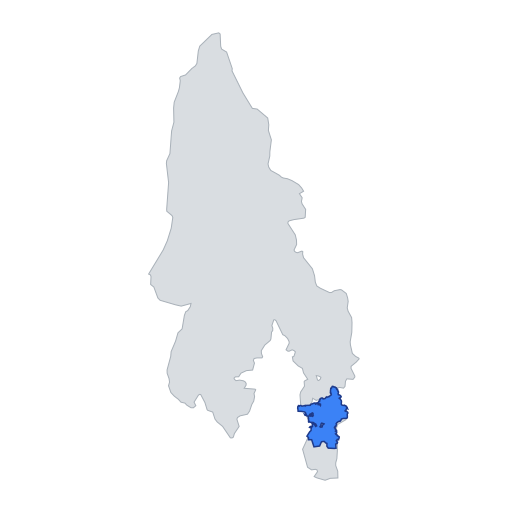 location of Batken, Batken, Kyrgyzstan, rotated 272°
{"feature_id": "92254566B65149347501284", "entity_name": "Batken", "entity_type": "district", "adm_level": 2, "iso_a3": "KGZ", "parent_name": "Kyrgyzstan", "parent_adm1": "Batken", "projection": "equal_earth", "projection_center": [70.889, 39.851], "detail": "fine", "context": "in_parent", "style": "filled", "palette": "blue", "viewbox_px": 512, "rotation_deg": 272, "n_neighbors": 0, "source": "geoboundaries", "source_scale": "gbopen_adm2", "svg_char_len": 9223}
<svg xmlns="http://www.w3.org/2000/svg" viewBox="0 0 512 512"><g transform="rotate(272 256 256)"><path d="M104.8,307.4L106.1,306.5L110.3,305.7L118.8,304.8L121.7,305.4L127.6,309.0L132.1,308.5L132.9,309.0L134.6,312.0L140.8,307.6L145.3,306.3L147.6,302.0L152.4,296.7L156.5,295.9L156.6,296.7L157.3,297.5L161.6,298.7L162.8,297.3L163.5,295.4L162.0,292.4L162.0,291.2L163.3,289.3L170.0,292.2L171.5,292.1L174.6,290.5L177.3,287.7L178.3,285.5L192.0,278.3L193.0,277.0L192.8,276.0L187.0,274.3L184.4,275.3L182.0,275.3L180.5,274.2L173.6,273.8L172.0,273.1L167.3,267.9L161.6,264.6L158.8,264.8L155.5,266.2L154.4,265.5L154.2,260.6L153.5,257.7L151.5,257.0L148.9,258.2L141.9,256.6L141.1,250.4L138.4,245.1L134.7,242.9L134.5,239.6L133.2,238.3L132.1,238.7L130.7,240.3L131.4,243.9L130.9,247.5L130.1,249.3L128.4,250.6L126.6,250.6L123.4,248.8L122.9,259.7L122.3,260.4L118.5,258.8L115.5,259.5L110.9,258.8L107.5,257.0L100.8,255.0L97.6,253.0L95.7,245.7L93.9,243.1L92.2,242.6L85.1,245.1L77.8,240.6L74.2,239.7L73.3,238.4L73.4,236.7L84.5,228.6L88.8,223.0L91.6,220.7L98.5,218.2L100.1,213.1L100.7,212.5L107.7,210.1L115.6,205.6L115.7,204.4L114.9,203.3L107.8,199.2L104.3,201.1L102.1,198.7L102.1,196.3L104.5,192.1L106.5,190.1L107.3,186.1L110.1,183.4L113.1,179.2L116.6,175.7L123.3,173.1L126.9,174.0L130.4,173.4L135.7,171.3L139.0,171.1L152.8,174.3L157.4,174.5L168.1,178.6L176.5,180.7L180.6,184.7L194.1,186.5L197.8,187.7L199.1,189.7L203.0,192.1L206.3,192.7L203.3,183.0L204.4,177.3L208.4,161.7L210.6,159.4L221.4,155.0L223.9,151.7L231.7,151.8L233.4,151.2L234.2,149.3L258.7,163.0L268.0,166.8L280.8,170.3L291.6,171.5L293.4,170.7L297.6,165.3L299.6,165.1L326.3,166.1L345.4,163.2L348.1,163.4L355.3,166.4L378.0,167.3L386.9,169.3L401.0,168.5L406.9,168.9L417.7,172.7L421.5,173.6L428.5,174.2L431.2,173.5L432.7,174.4L434.5,179.3L441.3,185.5L443.9,188.8L446.4,190.2L459.0,191.2L463.8,192.5L475.9,204.2L477.7,211.0L476.6,212.4L464.3,213.4L461.6,214.4L458.8,219.5L442.5,225.7L440.1,225.6L418.4,237.3L403.4,247.2L402.9,252.0L394.3,262.9L387.6,264.2L381.9,264.0L372.6,267.3L360.5,266.2L356.4,266.3L348.4,264.8L345.3,265.6L342.0,267.8L337.5,276.6L335.7,278.6L334.9,280.6L334.3,284.8L332.6,289.3L328.8,296.2L325.5,299.3L322.4,301.3L319.8,297.2L315.8,300.1L312.0,299.5L309.6,300.3L304.3,304.0L296.4,303.8L295.5,302.6L293.7,292.6L292.3,287.9L291.1,286.8L289.7,286.7L278.5,294.5L273.3,295.9L268.9,296.2L263.3,293.8L262.0,294.4L261.1,295.7L260.7,297.3L262.5,301.7L262.0,302.6L259.5,302.5L255.9,303.6L245.2,312.8L238.3,315.2L231.9,316.2L228.2,317.8L226.1,321.3L222.0,330.8L222.2,332.8L224.0,335.4L225.4,341.2L225.1,342.7L221.7,347.5L217.4,349.0L213.9,349.7L207.3,349.0L204.0,350.0L197.8,353.7L192.7,354.3L183.0,354.4L173.5,353.1L170.3,353.5L162.0,355.7L159.1,359.1L157.6,362.2L156.8,362.7L153.4,359.8L149.1,354.9L147.0,354.9L139.4,359.0L138.3,358.9L136.1,357.3L136.4,351.1L134.0,349.8L128.8,349.5L127.0,348.1L127.6,344.0L127.0,342.5L125.7,341.4L123.0,341.7L117.6,345.0L111.3,346.2L109.1,347.3L106.7,351.7L98.3,352.6L95.6,351.6L90.5,343.5L86.1,342.2L81.7,342.5L75.7,344.6L74.2,342.9L72.7,342.4L71.3,343.8L63.9,344.1L56.4,343.9L52.1,342.9L49.3,343.0L43.8,345.2L37.0,345.6L36.4,338.0L34.3,332.9L36.4,324.5L37.6,321.8L42.6,325.0L44.4,324.4L44.9,322.8L44.2,319.0L46.7,314.9L64.5,309.3L84.1,317.5L86.7,322.8L88.4,322.6L91.2,320.2L92.0,315.7L95.8,313.1L104.3,310.1L104.8,307.4ZM114.9,325.9L115.3,325.1L113.8,321.2L115.8,317.6L111.8,317.0L109.7,315.9L107.4,312.2L106.7,312.0L105.5,313.0L104.9,315.4L105.4,318.1L108.3,320.5L106.9,325.8L112.8,326.4L114.9,325.9ZM94.3,329.5L94.2,328.4L92.8,327.9L85.4,326.4L85.7,327.5L88.5,331.3L90.7,331.6L94.3,329.5ZM138.2,322.8L138.6,320.4L134.2,321.8L133.7,323.0L135.2,324.6L137.1,325.1L138.2,322.8Z" fill="#d9dde1" stroke="#a8b0b8" stroke-width="1"/><path d="M128.4,337.1L128.2,337.1L128.1,336.8L128.1,336.6L127.8,336.5L127.4,336.4L127.1,336.2L126.5,336.0L126.4,335.7L126.4,335.3L125.1,335.3L124.8,335.2L124.4,335.2L123.9,335.1L123.6,335.1L123.3,335.1L123.0,335.3L122.1,335.1L122.0,335.5L121.6,335.6L121.3,335.5L121.2,335.8L120.9,335.9L120.4,335.9L119.9,336.1L118.8,334.7L118.5,334.5L118.1,334.2L117.9,333.9L117.8,333.5L118.0,333.2L117.8,333.0L117.7,332.7L117.4,332.1L117.2,331.9L117.3,331.3L117.5,331.2L117.2,330.9L116.9,330.7L116.2,330.3L116.1,330.1L115.9,329.9L115.9,329.7L115.7,329.0L115.6,328.8L115.8,328.7L115.9,328.4L115.7,327.8L116.0,327.6L116.1,327.3L116.4,327.2L116.3,326.1L115.2,324.8L114.6,324.8L114.5,325.0L113.9,324.6L113.4,324.2L113.3,324.3L113.3,324.6L112.9,324.6L112.9,324.1L112.7,324.0L112.8,323.7L111.6,323.3L111.0,323.3L110.8,323.8L110.6,324.0L110.6,324.4L110.4,324.7L110.4,324.9L110.3,325.0L110.3,325.4L110.2,325.6L109.8,325.6L109.2,325.7L108.8,325.6L109.3,325.2L109.4,324.9L109.7,324.7L109.7,324.4L109.8,324.1L109.7,324.0L109.8,323.8L109.7,323.6L109.8,323.6L110.2,322.9L110.4,322.8L110.6,322.8L110.7,322.6L111.0,322.4L111.4,322.3L111.3,321.8L111.2,321.7L110.9,321.9L110.6,321.7L110.6,321.3L110.4,321.1L110.2,321.1L110.0,320.8L110.2,320.6L110.3,320.4L110.6,320.2L110.8,320.6L111.1,320.5L111.1,319.9L111.1,319.4L110.9,318.8L110.7,318.7L110.4,317.9L110.3,317.5L110.2,317.4L110.0,317.0L109.9,316.1L109.4,315.8L109.0,315.5L108.9,315.6L108.7,315.5L108.5,311.9L108.1,310.7L107.9,310.5L108.4,310.3L108.1,309.6L108.0,309.2L107.8,308.4L107.7,307.6L107.5,307.3L107.5,307.2L107.7,306.7L108.0,306.4L108.1,306.2L108.2,305.7L108.0,305.3L107.9,304.7L108.0,304.2L108.0,303.8L107.8,303.8L107.5,303.5L107.4,303.4L107.3,303.5L107.3,303.3L106.9,303.1L106.6,303.0L105.7,303.0L105.3,303.1L105.2,303.0L104.5,303.2L104.3,303.2L103.3,303.4L102.7,303.4L102.3,303.5L102.3,304.1L102.3,306.9L101.8,310.1L101.7,310.1L101.0,311.0L100.2,311.3L99.9,311.3L99.7,311.5L99.4,310.8L99.6,310.0L98.8,310.5L98.5,310.6L98.4,311.8L98.3,312.3L98.1,312.5L97.8,312.6L97.8,313.1L97.7,313.4L97.4,313.7L97.2,313.8L95.6,314.1L95.3,314.2L95.2,314.1L94.0,314.2L93.7,314.2L93.4,314.3L92.5,314.3L92.5,314.5L92.2,314.3L91.9,314.4L91.8,314.5L92.1,315.4L91.7,316.0L91.6,316.7L91.7,317.0L91.7,317.4L91.5,318.2L91.7,318.6L91.5,318.8L91.2,319.4L91.2,319.5L90.5,319.8L90.5,320.0L90.9,320.0L90.3,320.8L90.3,321.4L89.8,321.7L89.6,321.7L89.0,322.2L88.8,322.3L88.6,322.4L88.6,322.1L88.4,321.8L88.2,321.7L88.1,321.8L87.8,321.8L87.7,321.6L88.4,321.1L88.8,320.8L89.2,320.6L89.4,320.6L89.8,320.1L90.1,319.6L90.6,318.5L90.6,317.8L88.9,318.5L88.3,318.0L88.1,318.0L87.5,318.4L87.4,318.3L87.3,317.9L87.5,317.7L87.4,317.4L87.6,316.6L87.4,316.1L86.6,315.5L86.0,317.3L84.7,317.1L83.5,317.1L82.2,315.8L77.7,313.2L76.4,314.8L74.2,314.9L74.4,318.0L67.3,320.6L68.3,326.2L71.9,327.6L72.7,328.1L73.0,329.9L73.0,330.8L71.6,332.1L71.2,333.4L68.3,333.5L66.5,334.9L66.4,341.0L66.7,342.7L70.8,342.2L71.2,342.8L71.2,343.0L71.4,343.0L71.6,343.1L71.7,343.7L72.5,344.0L72.9,343.9L73.3,343.5L73.5,343.4L73.8,343.0L74.1,342.7L74.4,342.8L74.6,343.0L74.7,343.4L75.6,343.7L75.5,344.1L75.5,344.3L75.5,344.5L75.3,344.9L75.9,345.0L76.9,345.4L78.1,345.5L78.3,345.3L78.8,344.4L79.1,344.2L79.2,343.9L79.1,343.6L79.5,343.5L79.9,343.1L80.2,343.1L80.3,343.0L80.3,342.5L80.4,342.2L81.0,341.7L81.3,342.3L81.6,342.5L82.4,342.8L83.0,342.9L83.3,342.5L83.4,341.8L83.7,341.5L84.6,342.5L84.9,342.1L85.8,341.2L86.0,341.1L86.8,341.2L87.1,340.4L87.5,340.4L88.0,341.0L88.4,341.0L88.5,341.5L88.8,341.9L89.1,341.7L89.7,342.1L90.4,342.3L90.8,342.1L91.2,342.0L91.3,342.3L92.2,342.5L92.5,343.0L93.1,343.7L93.7,344.7L93.6,345.3L94.0,345.7L93.9,345.9L94.2,346.0L94.3,346.2L94.6,346.3L94.9,346.7L95.4,346.8L95.7,347.1L96.0,347.1L96.1,347.4L96.4,347.7L96.4,348.1L96.7,348.9L96.8,350.9L96.9,351.3L97.0,352.3L97.2,352.6L97.8,352.9L99.0,352.9L101.1,352.7L101.6,352.9L102.1,353.3L102.9,353.2L103.3,352.8L103.8,351.9L103.9,350.9L104.1,350.5L104.5,350.4L104.8,350.7L105.2,351.3L105.8,351.4L106.5,351.7L106.8,352.3L106.6,352.8L107.2,352.5L107.7,352.5L107.8,352.4L107.8,351.9L108.3,351.6L108.7,351.8L109.0,351.6L109.0,351.4L109.2,351.2L109.4,350.9L109.5,350.7L109.4,350.5L109.6,350.0L109.9,349.8L109.9,349.5L110.0,349.4L109.7,348.5L109.8,348.0L110.1,347.0L110.5,346.6L111.1,346.4L111.7,346.4L113.4,346.5L114.4,346.3L116.3,345.0L116.4,344.5L116.8,344.1L117.0,344.3L117.8,345.7L118.2,346.0L118.5,346.0L119.0,345.7L119.9,344.6L120.1,344.1L120.2,343.2L121.0,342.9L121.7,342.9L122.0,343.0L122.3,343.2L122.8,343.1L123.3,343.1L123.6,342.7L123.8,342.5L124.5,342.6L124.9,342.3L125.3,342.2L125.2,341.7L125.9,341.2L126.6,341.3L127.0,341.0L127.0,340.8L126.8,340.7L127.0,340.5L127.3,340.3L127.4,340.1L127.5,340.0L127.6,339.7L127.9,339.4L127.7,338.9L127.9,338.6L127.8,338.4L127.9,338.2L128.1,338.0L128.3,337.8L128.3,337.5L128.4,337.4L128.4,337.1ZM87.1,326.8L87.4,326.5L87.6,325.9L88.8,326.7L90.2,326.8L91.0,327.2L90.9,327.5L91.2,327.6L91.1,328.3L90.9,328.9L90.6,329.9L90.4,329.8L90.0,329.0L88.8,328.3L88.4,328.1L87.9,328.2L87.6,328.2L87.1,326.8ZM97.7,317.9L98.1,317.5L97.9,316.6L98.2,316.5L98.1,316.9L98.3,316.8L98.4,317.0L98.2,317.1L98.2,317.3L98.6,317.6L98.8,317.4L98.4,316.2L98.2,316.1L98.0,315.9L98.2,315.6L98.0,315.3L98.1,315.2L98.0,314.5L98.3,314.6L98.3,315.0L98.2,315.2L98.3,315.5L98.7,315.1L99.1,315.2L99.3,315.1L99.5,315.2L99.0,315.9L99.3,315.9L100.1,316.1L100.1,316.4L99.7,316.9L100.3,317.1L100.7,317.1L101.2,317.7L100.9,318.3L100.4,318.6L99.5,318.5L99.3,318.6L98.7,318.5L98.4,318.7L98.1,318.2L97.7,318.1L97.7,317.9Z" fill="#3b82f6" stroke="#1e3a8a" stroke-width="1.5"/></g></svg>